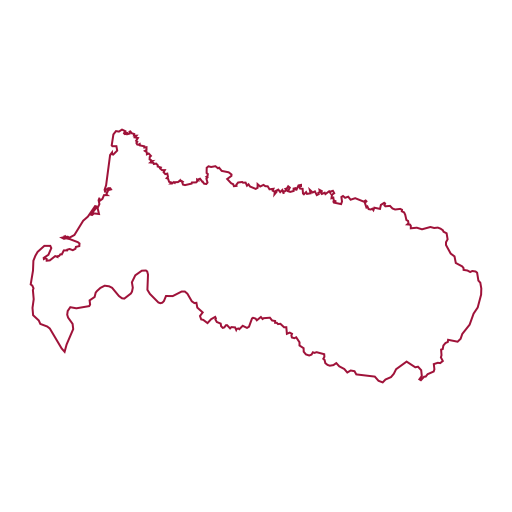 El Litoral Del San Juán (Docordó), Chocó, Colombia (orthographic projection)
{"feature_id": "7082276B60850908313742", "entity_name": "El Litoral Del San Juán (Docordó)", "entity_type": "district", "adm_level": 2, "iso_a3": "COL", "parent_name": "Colombia", "parent_adm1": "Chocó", "projection": "orthographic", "projection_center": [-77.053, 4.269], "detail": "fine", "context": "isolated", "style": "outline", "palette": "rose", "viewbox_px": 512, "rotation_deg": 0, "n_neighbors": 0, "source": "geoboundaries", "source_scale": "gbopen_adm2", "svg_char_len": 6042}
<svg xmlns="http://www.w3.org/2000/svg" viewBox="0 0 512 512"><path d="M437.8,227.6L434.2,228.0L430.4,227.0L422.0,229.3L416.8,227.7L410.8,228.3L410.8,225.8L410.0,224.6L407.3,224.4L408.5,223.3L408.1,221.0L406.4,220.0L405.2,214.7L404.1,212.4L401.8,211.3L402.0,209.8L400.2,208.9L395.1,209.5L392.5,208.5L390.0,205.9L385.4,206.3L384.4,205.3L385.1,203.5L384.2,202.8L380.9,204.9L380.0,208.9L374.3,207.7L373.4,210.2L372.3,208.7L370.8,209.5L368.6,209.1L367.4,206.5L366.4,207.4L364.9,202.9L366.4,201.3L365.6,200.5L363.7,201.6L355.2,198.2L350.6,199.7L348.2,196.7L345.1,197.8L343.0,196.0L341.4,197.0L342.0,201.5L341.1,204.1L333.9,202.6L333.5,201.9L334.5,201.2L336.3,201.6L333.7,200.3L333.3,197.6L331.5,198.2L332.0,194.7L334.2,193.2L332.9,190.8L330.5,191.5L330.3,192.9L329.1,191.3L325.4,194.1L324.7,192.7L321.8,194.0L321.2,193.2L321.8,191.1L319.5,189.9L319.9,191.9L318.3,192.9L318.7,194.1L316.8,195.1L314.9,191.4L312.7,192.5L309.8,189.8L310.6,193.3L307.0,193.9L306.1,192.1L303.9,194.3L303.0,193.5L302.6,188.8L300.1,188.6L299.6,187.5L299.4,186.4L301.0,186.1L301.0,184.9L298.5,185.4L296.5,189.7L295.4,189.5L295.3,188.2L293.6,188.6L293.6,191.0L290.2,191.9L288.0,191.2L289.8,187.6L288.2,186.3L287.0,188.3L285.5,188.9L286.7,190.0L284.9,191.3L283.5,191.2L283.7,193.8L282.3,190.0L280.2,192.1L278.3,189.6L275.6,191.0L276.5,191.9L274.5,194.3L274.8,191.9L272.6,190.6L273.4,188.8L269.5,189.3L267.7,186.3L265.3,186.2L263.5,184.9L260.2,186.5L257.6,184.2L257.6,187.8L255.7,188.9L250.0,186.5L248.5,184.3L247.0,185.7L245.6,182.6L243.0,182.7L242.2,182.0L238.1,182.5L236.3,184.8L236.5,185.9L233.9,186.2L233.2,184.2L231.2,183.3L227.2,179.0L231.4,175.9L231.5,174.5L228.7,172.3L221.7,170.9L219.1,167.7L218.0,168.3L215.4,166.2L211.1,167.0L208.5,166.3L206.7,167.8L206.6,173.0L207.8,174.0L207.5,176.2L206.5,176.8L207.4,177.5L206.4,178.7L207.5,182.6L206.3,184.0L204.1,183.7L202.9,181.9L202.0,182.5L202.4,181.8L200.0,178.7L198.5,179.3L198.5,180.3L197.1,179.5L197.1,181.5L196.1,182.4L191.9,182.5L191.6,183.6L185.0,185.1L183.0,184.6L182.2,182.4L182.8,181.8L181.3,180.8L180.1,181.1L180.0,180.4L178.0,182.1L175.2,182.2L174.8,182.9L173.8,182.1L172.1,183.5L170.8,183.5L171.8,182.6L169.1,181.8L168.1,178.8L166.7,178.2L168.0,176.9L167.3,173.6L165.3,174.1L163.6,172.2L164.8,170.1L162.0,170.1L160.1,168.5L160.8,167.5L157.7,166.5L157.8,165.3L156.2,163.6L153.8,164.0L153.4,162.8L150.5,162.5L152.3,161.1L151.0,161.2L151.1,160.2L149.6,159.4L149.7,157.0L150.9,155.9L148.7,153.5L146.9,154.3L146.8,152.2L144.9,150.9L146.5,150.0L146.5,147.2L144.3,147.5L144.3,146.3L139.9,145.4L139.7,144.0L138.3,144.8L137.2,144.5L136.4,143.0L137.3,141.8L136.1,140.8L137.9,138.0L134.9,137.4L136.4,135.7L133.9,135.7L134.2,134.0L131.8,133.3L130.3,131.4L129.5,131.7L129.6,133.6L127.3,134.2L127.1,132.9L126.0,132.5L125.6,134.0L124.8,134.1L124.0,133.3L125.2,131.1L122.0,129.6L118.9,131.6L116.0,131.1L113.4,134.4L111.7,145.4L112.4,146.2L116.4,146.2L117.2,150.6L113.2,154.6L112.1,154.3L112.0,152.5L110.1,155.0L106.1,185.3L104.6,189.8L105.3,192.5L105.4,190.3L108.3,188.2L110.2,188.2L111.0,189.4L108.3,190.1L106.3,194.4L107.2,195.1L104.0,195.1L102.4,198.9L99.2,201.2L98.7,200.0L99.7,197.7L99.3,198.4L98.6,200.2L99.4,204.1L97.6,208.0L99.0,214.0L94.0,213.4L92.1,215.0L90.7,214.6L96.3,207.9L96.3,206.4L95.1,206.1L87.9,216.6L83.2,220.7L74.4,235.0L69.4,237.7L67.7,236.7L66.0,237.0L65.3,236.3L64.9,236.9L64.4,235.6L64.4,237.1L61.9,237.7L64.0,238.8L66.1,238.3L69.8,239.1L77.9,242.2L79.5,243.5L79.3,246.1L75.9,246.9L75.4,248.8L72.8,250.2L69.6,249.0L67.2,249.7L67.1,250.4L63.8,250.4L61.8,254.4L60.4,254.3L59.2,255.9L57.5,256.2L57.5,257.0L55.2,256.1L49.8,260.4L46.7,260.7L46.7,259.0L45.3,258.2L43.9,259.0L43.7,257.9L48.4,254.8L51.3,248.1L50.3,245.9L44.3,245.9L37.6,251.9L35.4,255.7L33.4,260.7L33.0,270.6L30.7,284.4L32.3,285.6L33.5,288.3L32.9,290.1L33.7,299.2L32.5,307.9L33.1,315.2L38.8,320.5L40.3,323.9L47.2,326.5L49.8,328.5L61.6,348.4L64.6,351.8L66.6,344.5L73.2,329.1L72.6,323.9L68.1,317.6L67.2,314.7L67.7,311.0L70.3,307.2L76.4,308.3L89.2,306.1L90.1,304.6L89.6,300.4L94.6,297.0L95.7,292.6L97.0,291.0L100.4,287.9L104.7,285.7L109.1,286.3L112.1,287.8L118.9,296.0L122.0,298.3L124.3,298.6L130.9,293.5L132.0,291.6L132.8,287.7L131.9,282.3L135.3,275.3L141.8,270.7L145.9,270.5L147.2,271.5L148.0,274.6L147.4,289.8L149.9,293.9L158.4,302.5L160.4,303.2L162.3,302.7L163.9,301.1L166.0,296.0L172.7,296.1L181.7,291.5L184.8,291.5L187.4,293.7L191.8,301.3L194.4,303.1L196.4,302.8L197.3,307.6L202.7,312.4L200.0,316.0L201.2,319.4L203.3,319.9L207.5,323.1L211.1,319.2L215.2,316.9L215.9,318.4L215.4,319.5L216.8,322.0L220.7,323.6L221.1,326.2L222.8,327.9L224.3,327.4L226.0,325.2L227.1,325.2L230.1,328.4L231.4,327.1L235.1,327.4L236.2,329.9L236.6,329.0L238.4,328.5L239.3,329.2L242.7,325.8L247.0,327.9L249.0,326.7L252.0,318.5L253.0,317.8L255.6,318.6L256.8,320.3L260.9,317.0L262.6,319.0L263.6,318.2L269.9,317.7L272.1,320.5L275.1,321.0L275.1,322.8L276.8,322.8L278.0,324.1L280.4,323.8L284.1,327.3L286.3,327.2L286.9,333.8L289.7,332.6L292.0,333.8L291.4,335.5L291.9,337.5L294.4,338.2L296.2,337.3L299.5,342.3L299.5,345.5L303.6,348.2L303.7,351.7L305.9,354.4L309.2,355.5L311.5,354.6L312.9,352.3L314.4,352.9L316.6,352.2L324.2,354.2L324.4,356.8L323.3,358.8L324.6,360.0L325.3,363.1L327.5,364.9L329.8,365.7L333.4,365.1L336.3,363.1L339.2,366.3L344.3,369.0L347.3,372.5L350.7,370.5L354.5,371.2L356.3,374.4L374.8,376.6L378.5,380.8L382.7,382.4L385.5,379.5L391.0,377.1L393.8,373.8L396.1,369.2L406.6,361.6L415.3,367.3L418.0,366.7L421.2,370.2L421.8,376.0L419.4,379.3L420.9,380.2L424.1,376.7L425.7,376.6L427.6,374.2L433.7,371.5L434.4,369.3L433.8,364.1L437.8,362.8L440.2,363.1L442.8,361.0L440.9,357.4L441.5,355.2L441.1,349.6L442.7,349.1L443.4,345.5L445.5,343.0L447.8,342.0L448.1,339.8L457.6,341.7L460.6,338.8L462.3,333.9L469.6,324.7L473.6,313.6L477.7,307.5L481.1,294.7L481.3,288.5L480.3,282.7L478.4,280.6L477.1,272.7L475.6,271.5L472.3,271.0L470.2,272.0L467.4,270.5L463.6,269.9L463.5,268.0L462.2,266.4L455.8,263.0L454.5,256.4L450.7,253.6L446.0,245.0L446.0,242.2L447.6,239.3L446.6,233.3L443.5,231.7L442.9,230.3L440.6,228.7L437.8,227.6Z" fill="none" stroke="#9f1239" stroke-width="2"/></svg>